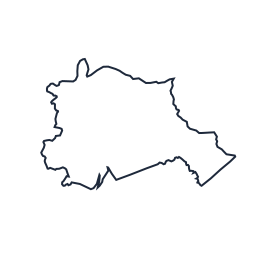 outline of Bakala, Ouaka, Central African Republic, rotated 69°
{"feature_id": "33826404B96667764649230", "entity_name": "Bakala", "entity_type": "district", "adm_level": 2, "iso_a3": "CAF", "parent_name": "Central African Republic", "parent_adm1": "Ouaka", "projection": "albers", "projection_center": [20.419, 6.598], "detail": "fine", "context": "isolated", "style": "outline", "palette": "slate", "viewbox_px": 256, "rotation_deg": 69, "n_neighbors": 0, "source": "geoboundaries", "source_scale": "gbopen_adm2", "svg_char_len": 2793}
<svg xmlns="http://www.w3.org/2000/svg" viewBox="0 0 256 256"><g transform="rotate(69 128 128)"><path d="M193.2,38.2L192.0,38.2L187.8,45.5L184.3,47.0L181.5,48.1L177.7,51.2L174.6,51.2L172.3,49.5L170.2,49.8L167.9,48.1L162.9,49.1L161.5,53.4L159.3,60.3L158.2,63.4L154.8,65.2L150.9,70.4L147.9,71.8L143.3,70.9L139.8,74.0L137.1,75.1L134.8,76.7L132.6,77.1L130.3,74.2L129.2,74.3L128.7,75.3L128.0,76.0L126.5,76.1L124.9,75.6L123.2,76.5L121.8,77.1L121.0,76.7L119.1,75.8L117.8,74.9L115.4,74.7L112.9,75.0L111.5,75.5L109.8,75.0L108.5,75.0L106.2,72.6L104.6,71.1L100.7,70.5L98.3,67.6L97.5,71.7L97.9,74.6L98.4,77.4L97.7,80.0L97.0,83.7L95.0,85.0L94.0,90.8L92.4,95.1L85.5,100.1L84.1,105.7L80.1,107.3L77.5,111.0L74.4,113.4L71.6,115.3L68.5,118.4L63.6,124.5L62.0,129.1L63.1,136.2L65.3,143.8L65.4,147.6L64.0,147.7L62.0,146.2L59.1,143.9L55.0,143.2L48.1,143.6L47.7,145.5L48.2,148.7L51.4,152.4L56.7,154.9L61.3,156.5L64.3,159.7L64.9,162.5L60.7,172.4L60.7,175.4L63.1,177.1L63.2,178.3L63.1,179.6L62.2,180.4L59.6,182.2L59.1,184.1L59.5,185.2L60.2,186.0L60.7,187.9L61.0,188.7L62.3,189.6L64.3,190.3L65.0,190.2L65.6,189.4L66.6,188.4L67.9,187.4L68.6,186.6L69.7,186.0L70.8,186.0L71.1,185.8L71.7,184.2L72.9,183.2L73.7,183.5L74.3,185.1L74.9,187.3L75.6,189.2L76.4,190.5L78.1,190.3L78.3,188.6L79.7,187.7L83.7,189.3L86.0,188.7L86.9,187.4L87.7,187.5L88.6,189.0L93.5,192.5L95.5,193.0L98.5,193.4L99.3,194.9L100.8,196.2L103.5,191.9L105.0,190.3L106.8,190.4L110.6,194.1L109.6,198.2L111.3,199.7L112.8,203.3L111.0,205.7L110.4,208.2L110.0,211.0L110.8,212.0L113.9,211.9L116.3,213.7L119.9,217.8L121.8,217.8L123.6,217.4L124.7,216.0L126.5,215.6L127.6,216.7L129.0,217.6L130.6,217.8L133.9,217.6L137.1,217.6L137.5,216.9L137.3,215.0L141.0,210.8L140.5,209.6L141.4,206.8L141.4,202.9L142.9,201.4L144.5,200.5L148.7,200.7L152.1,200.7L151.0,202.6L152.6,204.6L154.5,207.3L155.1,208.9L156.9,209.7L158.8,209.0L159.2,207.7L158.6,206.2L158.6,204.5L160.1,204.1L160.1,201.9L158.6,200.1L163.0,193.0L169.6,186.7L171.8,184.6L171.8,181.7L170.4,179.4L169.0,177.1L161.5,171.5L162.3,171.4L167.9,174.2L172.7,177.6L171.7,175.1L169.1,171.4L166.8,170.0L160.7,161.6L157.4,161.2L157.8,160.7L164.9,159.5L172.2,157.6L172.4,142.7L172.3,125.0L172.5,113.2L171.6,110.9L172.7,109.1L174.6,107.7L174.6,106.2L173.3,105.1L172.5,103.9L172.5,101.7L174.7,99.5L174.6,97.5L174.2,96.1L172.7,94.7L172.8,93.1L173.8,92.2L173.3,90.8L174.7,89.7L176.6,88.6L179.4,87.2L180.7,86.1L182.2,86.6L183.6,86.6L184.0,85.2L185.4,84.8L187.1,85.4L188.8,85.7L190.2,85.7L190.6,84.3L191.7,82.4L192.8,82.4L193.4,83.1L193.4,82.5L193.2,81.4L193.2,80.9L195.5,80.4L197.3,80.3L198.6,80.1L199.4,80.9L199.7,82.3L200.4,81.3L202.0,81.3L203.0,81.5L203.4,82.5L203.8,82.8L204.2,82.3L204.5,81.7L205.2,81.4L207.4,80.8L208.3,80.0L204.7,68.7L199.9,56.4L195.9,44.6L193.2,38.2Z" fill="none" stroke="#1e293b" stroke-width="2"/></g></svg>